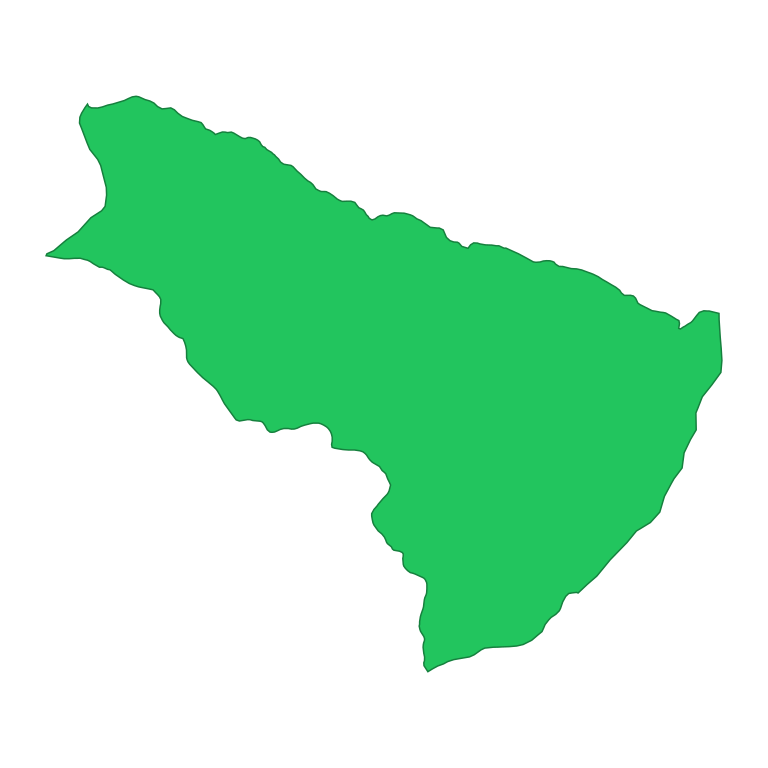 outline of Yangnyer, Tashigang, Bhutan
{"feature_id": "84629894B53688584852577", "entity_name": "Yangnyer", "entity_type": "district", "adm_level": 2, "iso_a3": "BTN", "parent_name": "Bhutan", "parent_adm1": "Tashigang", "projection": "mercator", "projection_center": [91.484, 27.363], "detail": "fine", "context": "isolated", "style": "filled", "palette": "green", "viewbox_px": 768, "rotation_deg": 0, "n_neighbors": 0, "source": "geoboundaries", "source_scale": "gbopen_adm2", "svg_char_len": 5557}
<svg xmlns="http://www.w3.org/2000/svg" viewBox="0 0 768 768"><path d="M719.0,313.4L709.1,311.0L707.0,311.0L703.8,310.8L701.6,311.6L699.3,312.4L696.6,315.6L692.5,321.0L690.9,322.5L687.7,324.3L685.0,326.2L683.2,327.1L680.4,329.0L678.7,328.4L679.5,323.6L678.9,320.6L676.3,319.3L671.4,316.2L665.7,313.0L663.4,312.5L660.5,312.2L657.5,311.6L654.8,311.1L652.1,310.7L639.8,304.5L637.8,303.0L637.0,301.2L635.6,298.2L633.4,296.0L630.5,295.3L624.4,295.4L621.4,293.0L619.7,290.3L615.7,287.2L611.5,284.8L607.0,282.1L602.4,279.5L598.2,276.7L593.1,274.2L583.9,270.8L581.8,270.0L576.7,268.9L571.3,268.6L568.4,267.9L562.8,266.5L559.0,266.4L555.4,264.0L554.1,262.2L552.2,261.4L549.9,260.8L546.7,260.7L543.3,261.0L540.1,262.0L535.9,262.3L533.3,261.9L526.5,258.1L518.3,253.7L515.8,252.6L505.9,248.1L504.1,248.2L498.9,245.8L496.3,245.8L491.8,245.1L485.5,244.9L479.8,243.9L477.5,243.1L473.7,242.9L470.6,244.8L468.0,248.3L461.8,246.4L459.1,243.2L457.4,242.2L453.8,242.0L450.0,240.7L446.4,237.4L443.2,229.9L439.2,228.0L437.0,228.0L430.2,227.3L421.1,220.7L416.8,218.8L414.7,217.2L412.7,215.8L410.2,214.8L407.7,214.1L404.3,213.2L401.8,213.1L396.6,212.9L394.3,212.8L391.8,213.7L389.3,215.1L386.7,215.9L382.9,215.2L380.4,215.6L377.9,216.8L374.9,219.0L372.1,219.9L370.6,219.2L369.0,218.0L368.1,216.4L366.3,214.7L364.7,211.9L363.4,210.1L361.3,208.9L358.8,207.7L357.0,205.4L354.8,202.4L350.9,201.2L347.3,201.2L342.1,201.4L339.6,200.4L337.1,199.0L333.3,195.8L329.4,193.2L326.0,191.6L321.0,191.5L318.3,190.3L315.8,188.9L314.5,186.9L312.9,184.6L310.6,182.5L307.7,180.8L304.5,178.1L300.9,174.4L297.1,171.1L293.1,166.8L291.0,165.4L287.8,164.9L283.7,164.2L280.6,162.1L278.6,159.1L275.6,156.3L274.5,154.9L272.9,153.8L271.6,152.4L266.8,149.6L264.8,147.3L262.8,146.6L261.2,144.7L259.6,141.7L257.6,140.1L255.3,138.9L252.4,138.0L250.6,137.5L248.1,137.5L245.3,138.6L242.6,138.2L239.9,136.8L233.8,133.1L231.3,132.1L227.6,132.6L225.1,132.1L222.4,132.0L218.3,133.4L215.3,134.5L214.0,133.1L211.7,131.5L209.7,130.3L205.6,128.9L204.3,127.0L202.9,124.7L201.1,122.6L198.2,121.7L192.3,120.3L187.7,118.6L182.3,116.5L177.8,113.2L174.4,109.8L170.8,107.9L166.2,108.5L162.1,108.9L157.6,106.6L154.0,103.1L149.9,101.0L145.1,99.6L138.8,96.8L136.1,96.3L132.2,96.9L128.5,98.5L124.4,100.5L117.8,102.5L112.8,104.0L107.7,105.1L102.5,106.9L97.7,108.0L91.5,107.9L88.6,106.5L87.5,104.1L85.0,107.6L81.6,113.2L79.9,117.2L79.5,123.1L82.0,129.4L87.1,142.9L89.8,149.4L97.7,159.4L100.7,165.5L102.8,173.8L106.3,187.4L106.6,195.1L105.1,206.4L101.6,210.8L90.9,217.7L78.1,231.9L66.5,239.9L64.2,241.8L53.8,250.7L46.9,253.8L46.1,255.7L59.4,258.0L64.0,258.7L69.4,258.7L74.6,258.3L77.3,258.3L80.1,258.2L84.2,259.4L87.5,260.2L90.2,261.5L93.5,263.8L99.4,267.2L102.3,267.2L104.2,267.8L107.5,269.3L110.0,269.8L111.7,271.2L114.6,273.8L116.2,275.0L118.1,276.3L123.4,280.0L129.3,283.5L134.3,285.5L138.4,286.8L141.2,287.4L148.8,288.9L153.0,289.8L155.9,292.9L157.5,294.5L159.5,296.8L160.8,299.5L160.7,303.8L160.2,306.2L159.7,310.1L159.7,313.2L160.3,316.1L162.5,320.5L164.0,322.8L168.0,326.9L170.5,330.0L174.1,333.7L176.0,335.4L177.7,336.5L179.3,337.4L183.0,338.6L183.9,340.7L184.6,342.3L185.8,346.2L186.5,350.0L186.6,355.4L186.6,357.7L187.1,359.7L188.0,361.9L189.7,364.3L195.5,370.5L197.8,372.9L202.8,377.7L210.7,384.2L213.1,386.2L216.3,389.4L217.5,391.1L220.0,395.3L222.8,400.7L224.5,403.8L234.7,418.0L236.2,419.9L239.4,421.0L247.7,419.6L250.1,419.7L252.8,420.5L260.1,421.2L261.8,421.7L263.2,422.9L265.1,425.6L267.3,429.8L270.0,432.1L272.0,432.3L274.6,432.0L277.6,430.7L280.3,429.4L283.9,428.5L288.3,428.5L291.5,429.1L294.4,429.0L297.4,428.1L300.8,426.4L304.4,425.2L310.6,423.6L313.3,423.1L318.5,423.1L321.0,423.8L323.7,425.1L326.6,426.9L328.3,428.5L330.0,430.8L330.8,432.3L331.5,434.2L332.2,437.1L332.2,441.3L331.6,444.4L332.1,447.3L334.7,448.2L342.5,449.5L344.6,449.7L348.9,450.0L354.5,450.0L360.0,450.8L362.9,451.8L365.0,453.4L366.6,455.1L368.3,457.8L369.7,459.7L372.0,462.0L373.5,463.0L379.5,466.5L382.1,470.5L384.3,472.3L385.8,473.8L387.7,478.9L389.2,481.9L390.6,485.0L390.2,486.6L389.1,490.9L388.1,492.9L387.1,494.4L383.0,498.6L378.2,504.3L377.1,505.9L374.0,509.4L371.7,513.6L371.7,516.0L372.3,519.6L373.0,522.8L374.0,525.1L378.2,530.9L381.8,533.9L384.4,537.1L385.8,540.1L386.4,541.9L387.4,543.6L389.0,544.9L391.3,546.7L392.5,549.1L393.9,550.2L399.5,551.2L402.1,552.4L403.2,553.7L403.2,556.2L402.8,558.5L403.3,564.5L403.8,566.1L405.5,568.5L407.7,570.7L410.3,572.6L412.8,573.2L415.0,574.0L422.3,577.3L423.7,578.0L425.1,579.4L426.6,582.5L426.9,584.4L426.9,589.0L426.6,593.1L426.0,595.1L424.8,597.8L424.3,600.0L423.5,606.9L422.9,609.1L421.1,614.2L420.4,616.7L419.6,621.8L419.6,624.2L419.2,626.1L419.9,629.4L420.6,631.4L423.9,636.6L424.6,638.9L424.4,640.8L423.7,642.7L423.3,644.7L423.1,647.3L423.8,653.3L424.6,657.0L424.5,660.6L423.8,662.8L424.0,665.7L427.9,671.7L432.6,668.8L437.7,666.0L443.5,663.9L447.7,661.6L453.8,659.6L461.8,658.2L469.5,656.9L474.3,654.7L481.0,649.9L484.7,648.1L493.5,647.2L498.0,647.1L501.8,646.9L509.6,646.6L516.7,646.0L523.2,644.5L531.8,640.2L537.5,635.3L542.0,631.6L543.6,628.1L545.1,624.5L548.7,619.9L551.1,617.4L555.8,614.3L559.3,610.8L560.5,608.4L562.7,601.9L565.7,596.4L568.7,593.5L572.1,592.9L576.5,592.4L578.1,593.0L587.1,584.5L596.7,576.2L597.8,574.9L610.2,559.8L626.9,542.6L636.4,531.0L650.4,522.5L659.8,512.1L661.9,504.9L664.4,496.4L671.3,483.5L674.0,478.7L682.1,468.0L684.1,452.8L685.6,449.7L690.5,439.5L695.0,431.9L696.2,429.9L695.9,412.9L697.8,408.3L702.3,396.8L711.8,384.9L720.9,372.4L721.9,360.4L721.2,348.7L720.2,336.8L719.1,319.8L719.0,313.4Z" fill="#22c55e" stroke="#15803d" stroke-width="1.5"/></svg>